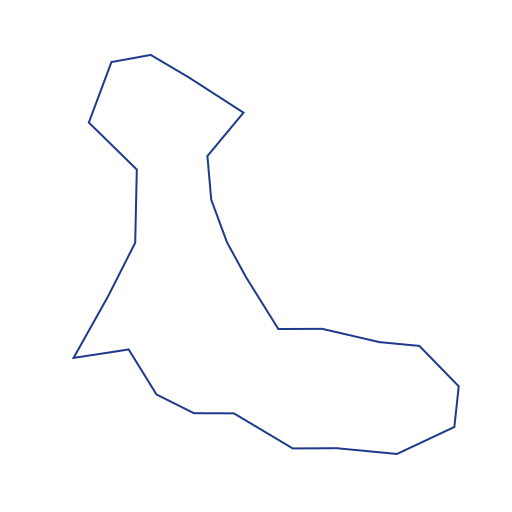 the district of Episkopeio, Nicosia, Cyprus, rotated 265°
{"feature_id": "46923920B68080164280188", "entity_name": "Episkopeio", "entity_type": "district", "adm_level": 2, "iso_a3": "CYP", "parent_name": "Cyprus", "parent_adm1": "Nicosia", "projection": "equal_earth", "projection_center": [33.228, 35.035], "detail": "fine", "context": "isolated", "style": "outline", "palette": "blue", "viewbox_px": 512, "rotation_deg": 265, "n_neighbors": 0, "source": "geoboundaries", "source_scale": "gbopen_adm2", "svg_char_len": 485}
<svg xmlns="http://www.w3.org/2000/svg" viewBox="0 0 512 512"><g transform="rotate(265 256 256)"><path d="M461.8,128.9L403.5,101.1L352.5,144.8L279.7,136.8L228.7,105.1L170.4,65.4L174.0,121.0L126.7,144.8L104.8,180.5L101.2,220.2L61.1,275.8L57.5,319.5L46.5,379.1L68.4,438.7L108.5,446.6L152.2,410.9L159.5,371.2L177.7,315.5L181.3,271.9L236.0,244.1L272.4,228.2L316.1,216.3L359.8,216.3L399.9,256.0L440.0,204.3L465.5,168.6L461.8,128.9Z" fill="none" stroke="#1e3a8a" stroke-width="2"/></g></svg>